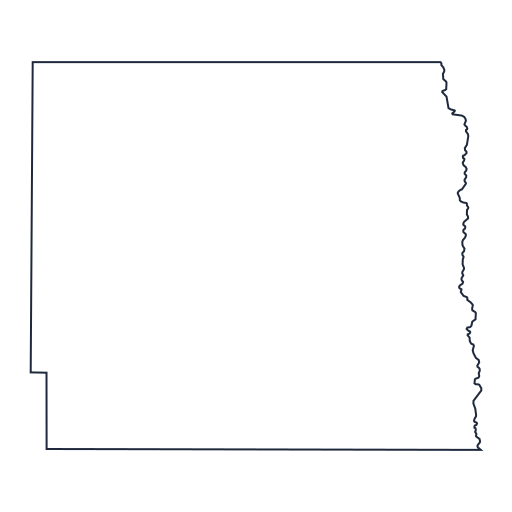 outline of Traill, North Dakota, United States of America
{"feature_id": "52423323B89415908777335", "entity_name": "Traill", "entity_type": "district", "adm_level": 2, "iso_a3": "USA", "parent_name": "United States of America", "parent_adm1": "North Dakota", "projection": "natural_earth1", "projection_center": [-96.868, 47.455], "detail": "fine", "context": "isolated", "style": "outline", "palette": "slate", "viewbox_px": 512, "rotation_deg": 0, "n_neighbors": 0, "source": "geoboundaries", "source_scale": "gbopen_adm2", "svg_char_len": 2686}
<svg xmlns="http://www.w3.org/2000/svg" viewBox="0 0 512 512"><path d="M46.6,449.0L480.8,449.9L477.9,447.4L477.5,446.5L477.5,445.6L478.2,444.4L479.9,442.4L480.0,440.9L479.5,438.9L476.2,436.5L475.9,435.8L476.4,434.3L476.3,433.7L475.1,431.9L475.6,431.0L475.8,429.2L475.4,428.1L474.5,427.8L474.4,426.7L474.8,425.5L476.4,424.9L477.0,423.4L476.5,422.5L474.5,421.8L474.0,420.9L474.7,418.4L476.0,416.4L476.1,415.1L475.3,408.8L473.4,403.5L473.5,400.8L481.3,390.5L481.3,388.2L479.3,384.8L478.4,384.4L475.6,384.2L474.5,383.4L474.9,379.4L475.4,378.8L478.4,377.7L479.1,376.6L479.2,375.7L478.7,373.1L479.7,371.1L479.7,369.0L479.1,368.0L477.5,366.8L477.3,365.6L479.2,362.4L478.7,360.0L475.9,357.9L473.5,353.3L472.7,350.3L473.9,345.9L473.3,344.5L471.4,343.8L470.6,342.7L469.8,341.0L469.6,337.6L467.6,335.3L467.7,334.4L469.6,333.5L470.2,332.3L470.0,331.5L467.8,330.3L466.6,328.9L467.4,327.5L470.0,327.2L471.4,325.8L472.3,321.6L475.5,319.3L475.8,314.2L475.8,312.9L475.0,311.9L472.4,310.4L472.1,308.6L472.8,305.3L472.7,304.7L470.6,302.3L467.3,299.9L467.4,298.3L466.9,297.2L463.6,295.9L460.9,292.3L460.8,291.6L461.5,289.9L461.4,289.2L459.7,288.4L459.2,287.7L459.2,286.4L460.2,285.2L462.5,283.7L463.1,281.8L461.8,280.4L461.5,279.2L461.6,278.1L463.3,275.3L462.2,273.3L462.4,271.9L464.0,269.0L464.0,268.0L462.6,264.3L462.8,259.1L463.5,257.5L463.5,256.5L462.5,255.1L462.3,253.9L462.5,252.7L464.0,251.3L464.5,248.7L462.5,245.4L462.3,241.8L462.9,240.1L465.1,237.5L465.9,235.2L465.7,234.0L463.5,232.2L463.3,231.4L463.3,230.2L463.7,229.5L464.9,228.7L465.3,227.2L465.1,226.2L463.3,224.8L463.3,223.9L463.7,222.5L464.3,221.6L468.1,218.4L468.0,216.9L467.9,216.3L466.9,214.6L466.9,212.3L467.1,209.7L468.0,208.7L468.3,207.7L468.0,206.8L467.0,205.6L466.8,203.5L466.3,203.0L463.3,202.5L461.2,201.6L459.9,200.4L459.7,197.7L457.8,193.6L457.8,192.6L458.9,191.1L460.6,189.8L461.9,189.4L465.9,183.7L465.7,182.5L464.7,181.4L464.5,179.8L466.0,177.5L466.3,175.9L466.1,175.3L464.7,173.9L464.6,172.8L464.9,172.1L466.2,170.7L466.6,168.9L465.7,167.0L463.6,165.3L462.9,163.5L462.8,162.4L464.0,160.7L464.4,159.3L464.2,158.6L463.2,158.2L462.8,156.5L463.1,155.6L464.6,155.2L466.6,152.9L466.4,151.5L465.1,150.3L464.8,148.1L466.9,144.8L468.3,136.1L467.9,134.1L465.9,131.2L466.1,129.8L467.1,129.3L467.3,128.4L466.6,126.7L465.3,125.7L464.4,124.4L465.9,120.8L465.4,118.7L464.2,116.9L462.0,115.6L452.6,114.3L452.3,113.3L454.5,111.5L454.8,110.8L454.6,110.4L450.8,109.4L448.5,108.1L446.5,96.6L442.2,92.1L442.5,91.0L445.0,90.1L446.2,89.2L446.5,82.7L446.2,81.7L443.3,79.1L442.9,73.9L444.2,71.5L444.3,69.8L443.2,67.2L441.4,65.2L441.4,63.4L440.5,62.1L32.7,62.1L30.7,372.4L46.5,372.7L46.6,449.0Z" fill="none" stroke="#1e293b" stroke-width="2"/></svg>